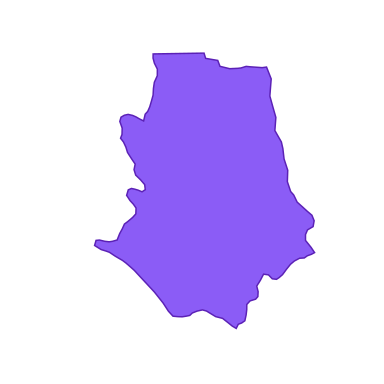 Paraipaba, Ceará, Brazil, rotated 163°
{"feature_id": "56859067B23139491669089", "entity_name": "Paraipaba", "entity_type": "district", "adm_level": 2, "iso_a3": "BRA", "parent_name": "Brazil", "parent_adm1": "Ceará", "projection": "equal_earth", "projection_center": [-39.165, -3.424], "detail": "fine", "context": "isolated", "style": "filled", "palette": "violet", "viewbox_px": 384, "rotation_deg": 163, "n_neighbors": 0, "source": "geoboundaries", "source_scale": "gbopen_adm2", "svg_char_len": 1793}
<svg xmlns="http://www.w3.org/2000/svg" viewBox="0 0 384 384"><g transform="rotate(163 192 192)"><path d="M300.8,169.3L295.7,163.5L291.7,160.8L288.6,158.5L284.2,153.1L278.4,146.8L276.0,143.5L272.8,138.4L270.2,134.1L257.2,107.3L252.1,94.3L249.4,84.9L246.5,78.8L241.9,76.9L237.8,75.5L233.5,74.9L230.2,74.6L227.1,76.2L222.0,76.6L216.5,76.2L212.9,73.9L209.9,70.5L205.8,65.9L199.7,62.2L195.8,56.6L192.7,52.0L189.6,48.6L186.4,52.0L182.8,52.2L179.1,53.4L176.2,58.6L174.0,63.6L172.5,68.4L168.3,70.9L162.5,70.9L159.6,72.7L157.9,77.4L157.6,83.1L152.3,87.7L147.6,92.5L143.1,90.4L140.6,85.5L136.7,83.8L133.7,84.7L129.6,86.5L124.1,90.6L118.9,94.1L114.2,96.1L108.5,97.2L103.9,96.1L100.3,97.3L96.0,97.5L92.5,98.2L94.3,104.2L97.6,112.5L95.9,118.1L92.6,122.0L86.3,123.5L83.6,128.8L84.1,134.7L87.3,139.7L94.4,151.6L95.6,159.4L97.5,163.6L97.8,174.0L94.1,184.8L94.3,196.7L92.4,207.0L91.9,213.7L94.8,226.5L90.0,238.8L89.8,249.7L89.5,261.0L83.2,277.0L84.2,289.7L88.5,290.4L95.8,293.2L99.2,294.5L103.5,296.3L108.9,296.3L112.1,296.9L119.9,298.9L128.5,304.0L128.9,310.3L139.9,315.8L139.9,321.3L188.8,335.4L190.1,331.4L190.3,326.1L189.2,319.7L191.2,313.3L195.9,308.0L198.6,302.3L200.9,296.0L204.0,291.1L207.5,285.8L210.8,282.0L214.0,280.1L217.5,274.1L220.9,277.3L223.6,280.2L226.4,282.6L230.4,284.9L234.3,285.2L238.0,284.3L240.4,280.6L240.1,273.5L242.1,267.5L244.6,264.3L242.9,259.8L242.1,254.1L242.1,248.6L240.1,241.5L238.2,235.3L240.9,230.3L240.9,224.6L237.6,218.6L235.1,212.9L236.0,207.9L239.7,206.8L243.1,209.6L246.0,211.5L248.9,213.1L252.3,212.7L255.5,207.9L253.8,202.0L251.6,197.4L250.2,193.0L252.1,187.5L256.1,185.1L262.1,182.5L266.0,181.1L269.4,177.2L273.3,173.4L277.6,168.0L282.5,168.1L285.8,168.6L289.9,170.4L294.5,173.1L297.9,173.8L300.8,169.3Z" fill="#8b5cf6" stroke="#5b21b6" stroke-width="1.5"/></g></svg>